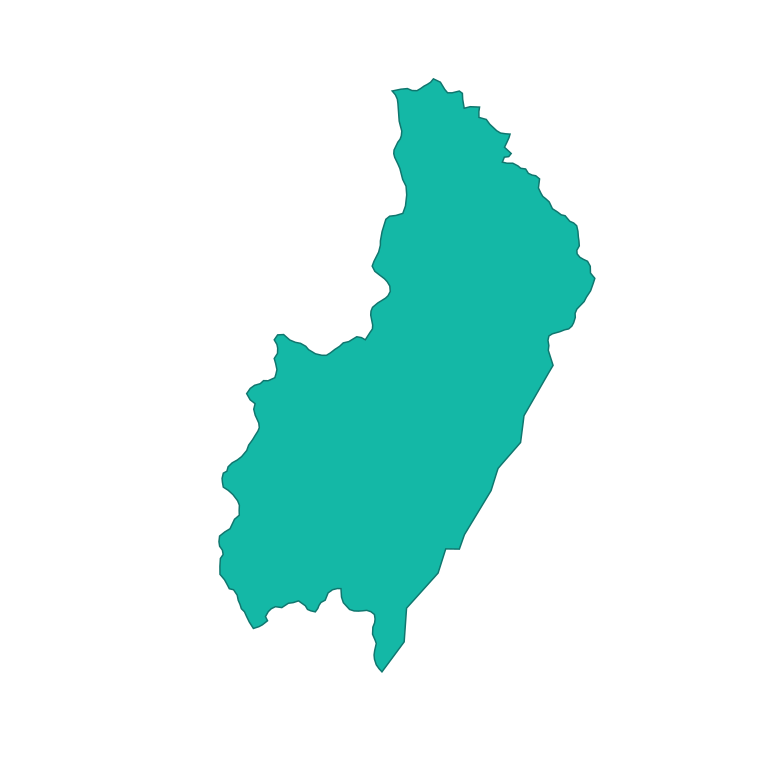 Beneditinos, Piauí, Brazil (Mercator projection), rotated 50°
{"feature_id": "56859067B90877383112552", "entity_name": "Beneditinos", "entity_type": "district", "adm_level": 2, "iso_a3": "BRA", "parent_name": "Brazil", "parent_adm1": "Piauí", "projection": "mercator", "projection_center": [-42.424, -5.514], "detail": "fine", "context": "isolated", "style": "filled", "palette": "teal", "viewbox_px": 768, "rotation_deg": 50, "n_neighbors": 0, "source": "geoboundaries", "source_scale": "gbopen_adm2", "svg_char_len": 3482}
<svg xmlns="http://www.w3.org/2000/svg" viewBox="0 0 768 768"><g transform="rotate(50 384 384)"><path d="M438.6,154.6L431.7,154.5L426.4,150.3L420.8,149.2L416.7,151.1L412.8,152.5L408.4,152.4L405.5,150.3L403.7,145.6L399.7,142.7L396.3,140.6L391.7,137.3L386.7,134.7L382.6,135.2L378.7,137.1L371.5,137.1L368.3,139.5L363.9,140.5L358.0,142.3L350.7,140.4L346.2,141.0L342.4,141.8L338.9,141.2L333.1,139.7L326.9,133.0L322.0,133.9L319.2,136.2L315.5,138.0L310.3,137.3L306.6,140.6L303.0,141.2L297.7,143.4L293.9,147.9L290.1,150.7L287.6,146.0L290.0,142.3L289.2,138.4L280.1,139.5L277.8,134.4L275.7,130.0L273.6,126.8L270.6,129.9L266.7,133.4L262.3,134.9L253.0,136.0L247.1,135.6L240.8,139.9L236.4,136.3L233.3,132.8L227.0,139.7L224.3,145.3L216.6,140.8L211.7,137.1L208.0,138.0L204.7,144.7L201.8,148.1L197.4,148.1L189.0,146.8L182.0,150.0L182.8,154.4L182.3,158.3L181.5,162.0L181.2,166.1L180.5,170.2L177.2,173.9L172.7,176.2L169.0,181.6L164.8,189.4L169.8,189.4L174.4,190.7L177.9,192.9L192.4,203.4L196.1,205.2L201.7,207.8L205.0,211.2L206.8,214.3L207.6,217.9L211.2,225.9L213.9,228.5L217.2,230.1L224.3,231.9L229.1,233.3L239.3,238.2L246.7,240.0L253.8,245.1L261.4,253.1L265.4,259.9L262.5,266.6L259.1,271.8L259.0,276.7L266.0,287.5L272.1,294.8L275.4,297.6L279.5,303.3L283.5,312.7L286.1,317.3L291.8,318.6L297.9,317.3L303.6,316.0L307.7,315.8L312.7,316.6L317.1,319.7L319.0,324.2L319.2,327.6L317.9,336.7L317.9,343.5L319.8,347.1L322.7,349.9L331.6,354.8L334.4,357.5L335.5,361.5L338.1,369.9L333.9,371.5L330.3,374.5L329.6,378.9L328.9,383.7L326.3,388.8L326.6,393.8L325.9,399.5L325.7,405.2L325.0,409.7L322.0,413.2L316.8,417.1L309.2,419.7L304.8,419.7L299.2,421.8L295.1,425.1L289.7,427.9L281.6,429.1L278.0,433.9L279.6,439.7L284.9,440.6L288.2,442.4L292.1,445.9L293.9,451.7L298.6,453.8L304.2,456.8L307.0,460.5L309.0,463.6L307.0,470.7L304.0,474.1L304.2,478.6L301.8,484.0L301.4,489.3L303.1,495.4L310.1,496.7L316.2,495.4L319.6,500.0L325.1,502.7L333.4,505.0L337.3,507.6L339.0,510.8L340.5,515.5L342.2,520.5L343.8,526.9L346.7,531.9L348.1,539.7L347.9,545.3L346.8,551.0L347.2,556.6L349.8,560.4L349.0,564.4L352.2,568.7L355.2,570.8L359.7,573.4L365.2,571.7L371.6,570.8L375.8,571.0L379.4,571.2L383.9,572.7L387.6,576.1L391.5,579.2L391.5,585.4L395.9,595.0L395.0,600.8L394.8,607.7L398.7,611.8L402.6,614.2L407.4,614.6L411.2,616.8L412.5,621.5L418.2,626.9L424.4,632.0L431.5,632.0L438.0,633.3L441.4,634.1L444.9,631.5L451.4,632.2L456.0,634.7L460.4,636.0L464.4,637.7L468.8,637.3L473.4,638.6L479.8,640.2L487.3,641.2L489.5,635.8L490.3,632.0L490.5,625.4L486.0,624.3L484.0,619.0L483.7,614.8L484.8,610.3L489.6,606.0L490.5,598.2L493.1,594.1L495.2,588.9L503.3,586.8L507.5,587.5L510.7,585.9L514.4,583.1L513.4,579.0L511.8,576.1L510.8,572.7L511.8,568.0L508.1,561.1L508.5,555.7L510.7,551.2L513.1,548.5L519.9,553.5L525.4,555.7L534.6,555.3L538.6,552.8L541.5,549.6L544.1,546.0L546.3,542.7L550.0,540.4L554.4,539.5L558.3,541.9L560.9,544.7L563.1,548.8L568.3,553.6L574.6,555.5L577.8,556.7L582.3,562.6L585.2,565.8L588.7,568.2L594.1,570.4L598.9,570.8L603.2,570.6L594.5,534.3L570.2,510.8L569.4,505.0L563.6,464.1L550.0,442.7L558.9,432.4L551.1,419.2L534.5,370.5L530.9,364.9L524.3,354.6L522.0,350.9L521.1,345.6L516.6,317.0L502.7,301.9L498.3,297.2L486.6,265.2L481.4,251.0L478.4,242.5L463.8,236.5L460.5,233.0L455.9,230.3L453.2,226.8L453.8,222.7L457.0,215.6L458.6,210.8L460.5,207.1L460.4,202.9L459.0,199.4L456.0,194.7L452.7,192.2L450.6,188.1L450.1,183.6L449.5,177.7L447.6,173.2L445.4,165.8L441.2,158.7L438.6,154.6Z" fill="#14b8a6" stroke="#0f766e" stroke-width="1.5"/></g></svg>